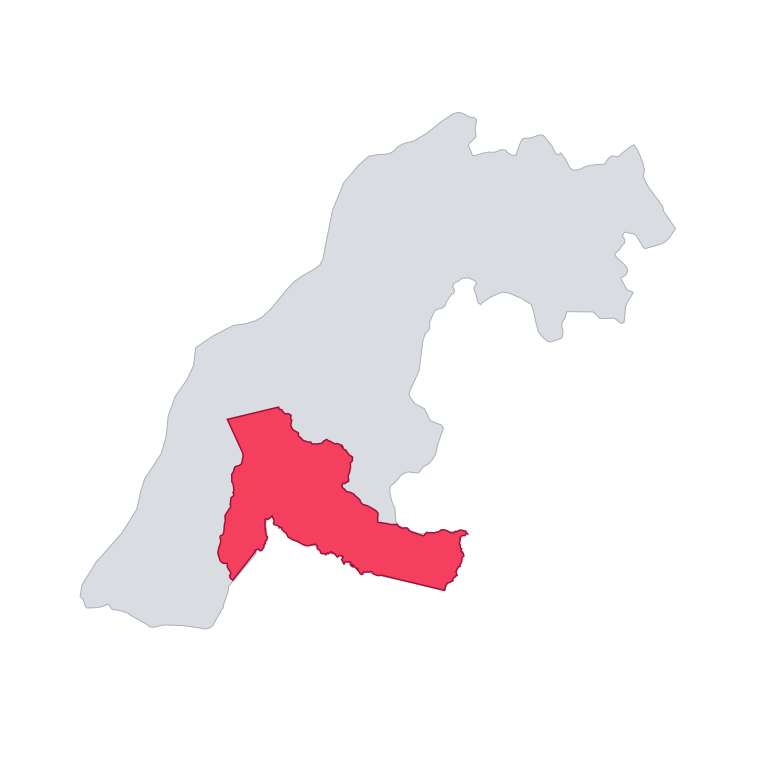 location of Sangha within Republic of the Congo, rotated 193°
{"feature_id": "COG-2880", "entity_name": "Sangha", "entity_type": "Region", "adm_level": 1, "iso_a3": "COG", "parent_name": "Republic of the Congo", "parent_adm1": "", "projection": "orthographic", "projection_center": [15.265, 1.384], "detail": "fine", "context": "in_parent", "style": "filled", "palette": "rose", "viewbox_px": 768, "rotation_deg": 193, "n_neighbors": 0, "source": "natural_earth", "source_scale": "10m", "svg_char_len": 9828}
<svg xmlns="http://www.w3.org/2000/svg" viewBox="0 0 768 768"><g transform="rotate(193 384 384)"><path d="M134.9,601.0L138.8,590.8L141.7,586.1L145.3,582.8L159.6,574.8L161.8,575.1L171.7,585.5L174.9,586.4L178.4,586.1L182.6,586.5L184.6,584.5L184.9,581.8L181.9,578.8L181.4,575.5L183.5,572.0L184.7,568.2L187.8,563.6L188.1,561.4L184.8,559.1L178.1,555.4L173.6,552.0L171.8,548.6L173.0,544.4L176.7,541.0L176.5,539.1L173.2,536.0L170.8,532.7L168.4,530.6L161.7,529.3L162.9,524.9L165.4,518.3L166.0,513.3L164.1,500.1L164.2,497.7L166.1,496.5L170.1,497.9L174.1,500.0L185.2,497.1L189.0,496.7L192.2,499.2L196.6,501.2L222.0,495.7L222.5,490.1L223.9,485.0L224.1,481.2L223.1,478.8L221.8,476.9L221.0,473.1L221.0,469.0L223.4,467.1L231.5,462.2L234.1,462.4L239.7,465.1L245.1,469.2L249.8,478.0L253.1,485.5L258.3,494.6L269.4,498.4L282.7,500.7L289.8,500.1L300.0,492.4L305.8,486.3L307.7,483.0L311.1,484.7L314.9,492.7L317.4,495.8L318.0,498.8L316.3,502.4L317.9,504.8L325.1,506.5L331.3,504.9L334.1,501.7L338.8,497.4L338.8,493.8L336.3,491.5L336.3,488.3L338.9,485.8L341.4,479.0L342.2,473.9L344.7,470.7L349.3,468.5L351.0,466.5L353.6,454.6L352.3,450.3L352.3,446.8L355.2,442.2L355.8,434.8L352.8,405.4L357.4,381.8L357.0,378.8L353.7,375.2L349.6,371.8L339.2,369.1L335.3,364.7L332.2,360.1L330.0,358.6L318.6,356.8L316.1,354.1L317.1,346.6L318.1,335.6L317.7,327.9L319.7,321.6L322.0,317.0L327.1,312.1L329.8,306.3L331.2,304.8L340.8,303.8L344.3,301.4L347.0,299.0L348.2,295.7L351.4,290.2L354.4,286.5L354.7,284.0L354.1,280.5L351.2,273.6L347.7,267.9L345.6,265.9L341.4,252.4L337.5,249.2L329.8,247.5L315.5,246.0L306.8,248.4L293.6,252.9L277.0,257.8L273.2,257.3L271.4,255.3L274.0,253.5L275.3,249.4L273.6,243.6L271.1,238.2L269.6,230.7L270.3,221.3L272.8,212.5L278.1,201.1L278.4,196.4L310.3,196.7L344.6,196.5L357.7,196.9L364.0,194.0L370.0,198.4L373.0,199.4L374.0,199.1L376.3,202.2L383.7,201.9L384.9,202.6L385.6,206.4L392.5,206.3L395.9,207.2L398.7,207.1L402.7,204.9L405.6,205.6L410.9,208.5L414.7,210.9L419.9,210.1L432.1,210.6L441.5,212.9L450.8,219.5L457.1,223.2L462.7,228.8L464.7,227.8L467.8,225.6L467.7,220.8L464.6,212.7L463.4,205.8L464.1,200.1L466.4,196.0L470.5,193.6L470.9,189.2L489.9,151.8L489.3,147.5L489.7,141.0L490.6,133.8L490.4,129.5L491.7,126.6L496.6,109.7L499.3,106.9L503.5,104.9L509.5,104.8L525.4,103.4L540.1,100.6L545.0,99.4L554.3,94.9L557.9,94.7L560.9,96.4L578.8,101.6L583.7,103.6L585.5,103.3L588.2,103.7L592.4,103.8L596.5,103.1L599.1,103.7L602.4,107.1L604.6,106.8L607.5,104.3L612.8,101.7L623.2,98.9L624.9,100.2L628.5,106.4L632.3,108.5L633.1,120.2L624.5,145.5L606.0,179.5L596.7,206.3L596.8,225.9L595.8,238.2L592.8,245.7L585.5,266.0L584.4,283.4L587.1,304.7L584.6,324.9L576.9,344.0L573.7,359.0L575.6,377.1L561.6,392.2L544.0,407.2L532.6,411.5L523.7,416.5L517.4,422.3L510.7,432.3L500.2,453.8L494.8,463.2L487.6,471.2L477.0,481.0L473.1,485.7L471.5,492.4L472.2,504.8L473.2,542.4L468.4,571.2L458.0,591.3L450.1,602.5L442.3,605.9L432.0,608.9L427.1,612.7L424.1,618.2L418.4,623.1L409.9,627.2L399.2,637.4L386.3,653.6L377.5,662.9L372.7,665.3L367.8,665.5L362.7,663.6L358.5,663.3L356.4,664.2L353.0,662.0L353.0,658.2L352.4,652.0L349.9,645.7L355.5,636.7L355.1,634.6L352.4,631.4L349.4,626.7L346.6,627.0L340.7,630.6L334.5,633.4L328.8,634.5L321.7,639.0L317.8,639.0L315.6,637.3L310.9,635.6L308.3,636.2L306.8,637.0L305.7,647.8L304.8,652.5L303.1,654.7L295.9,657.0L291.0,660.2L286.8,662.3L284.2,661.8L273.8,653.6L268.3,646.9L265.0,646.7L264.1,648.9L262.4,647.8L257.3,643.4L251.3,636.3L249.1,635.2L245.8,635.3L240.6,637.9L235.4,642.0L226.1,645.7L218.4,647.8L217.7,650.4L215.9,654.8L213.3,657.5L206.4,658.4L204.0,662.3L198.1,669.8L194.2,673.3L193.1,671.8L190.7,670.0L185.8,664.1L181.0,656.8L179.7,653.4L178.3,651.5L178.1,644.2L170.8,635.5L152.5,619.9L150.5,615.3L134.9,601.0Z" fill="#d9dde1" stroke="#a8b0b8" stroke-width="1"/><path d="M269.7,238.0L268.5,236.3L267.4,234.4L268.6,233.0L268.8,231.4L268.4,228.4L268.6,227.0L269.1,225.7L269.3,224.6L268.8,223.4L269.7,222.9L270.3,222.1L270.8,221.1L271.5,218.6L271.6,217.5L271.4,216.8L271.0,216.3L270.5,215.0L269.6,213.9L269.9,213.6L270.7,213.3L271.6,211.5L272.8,210.1L273.0,209.4L272.6,208.2L272.6,207.6L273.6,207.1L274.8,205.8L275.2,205.5L277.6,204.2L278.2,202.6L278.5,200.5L278.5,196.5L343.2,197.1L343.9,197.0L346.8,195.9L351.0,196.4L352.1,197.0L353.3,198.2L354.3,198.4L354.7,198.3L356.0,197.5L361.3,196.3L361.9,196.1L362.1,195.6L362.0,194.9L361.9,194.3L362.9,193.3L364.6,193.8L366.8,196.3L368.4,197.0L367.8,198.0L368.5,198.4L370.2,198.3L371.2,198.9L372.5,200.2L373.5,200.6L373.0,199.0L373.5,198.7L375.3,199.7L374.3,200.4L373.9,200.6L374.6,200.8L376.2,200.6L376.3,201.1L376.2,202.6L376.4,202.9L380.5,202.4L381.5,202.2L382.0,201.6L382.1,199.9L382.5,199.5L383.5,200.5L384.4,201.8L384.6,202.4L385.9,203.3L385.2,205.2L384.9,206.8L387.6,207.0L389.0,206.9L389.6,206.6L390.1,205.0L390.8,205.0L394.0,207.6L395.0,207.9L396.3,207.4L397.1,208.6L398.2,208.3L399.3,207.2L399.9,206.1L400.3,206.1L401.3,206.5L402.2,204.5L404.3,205.3L406.2,204.6L407.7,205.2L408.0,205.6L408.6,207.0L411.2,208.1L411.8,208.5L412.1,209.0L412.3,209.5L412.1,210.7L412.2,211.0L412.7,211.6L413.0,211.6L414.6,212.3L414.6,212.5L415.3,212.4L416.6,211.7L417.9,211.3L421.3,209.3L424.3,208.9L427.2,209.4L432.8,211.1L439.2,211.8L439.5,212.1L440.2,212.5L441.0,212.8L442.6,213.0L443.0,213.3L445.6,216.6L446.4,217.0L448.2,217.6L449.8,218.7L450.4,219.0L450.9,219.5L451.1,220.5L451.4,221.0L452.2,221.0L453.8,220.3L454.0,221.3L455.0,221.8L456.3,222.1L457.4,222.5L458.1,222.2L458.9,222.2L459.6,222.5L460.2,223.0L460.5,223.8L460.2,225.0L460.2,225.7L460.8,226.9L463.4,230.3L466.4,226.0L467.0,225.8L468.4,226.3L469.1,226.0L469.3,224.9L467.7,217.6L465.5,211.7L464.3,209.7L463.7,209.2L463.3,209.0L463.0,208.6L463.0,206.2L463.1,205.5L464.2,204.1L464.2,203.5L463.8,202.2L463.8,201.5L464.0,201.2L464.7,201.1L464.9,200.1L464.4,198.9L464.3,198.1L464.4,197.3L465.2,195.8L465.7,194.3L466.7,193.7L468.1,193.9L469.3,195.1L472.0,193.1L472.6,192.4L472.2,191.8L471.8,191.5L487.2,158.8L489.9,160.1L490.7,161.2L491.2,162.2L491.3,162.8L490.9,164.0L490.8,164.7L491.0,165.9L491.4,166.5L493.0,167.7L495.5,170.4L495.8,171.0L495.9,171.6L496.0,173.3L496.3,173.9L496.8,173.9L497.3,173.9L498.9,173.3L500.0,173.1L502.3,173.9L503.5,174.6L504.3,175.6L507.6,181.3L507.9,182.3L508.1,183.1L508.0,184.7L508.2,186.8L507.6,191.1L507.8,194.2L508.5,196.3L509.2,197.3L509.4,198.6L509.2,199.5L507.9,200.2L507.5,200.6L507.2,201.0L506.9,202.6L506.8,203.7L507.3,207.8L507.7,209.4L507.9,212.1L507.8,213.5L507.8,214.6L508.7,218.0L509.2,219.3L509.2,220.2L509.1,220.8L506.6,227.9L505.9,229.0L505.8,229.8L506.7,232.1L507.5,238.3L507.4,238.8L507.1,239.3L505.6,241.1L505.4,241.6L505.3,242.3L505.5,242.8L506.5,243.6L506.6,244.1L506.4,246.4L506.6,247.3L508.0,251.3L508.5,252.4L509.8,253.9L510.3,254.7L511.8,260.5L512.0,261.8L511.8,262.7L511.5,263.2L511.2,264.0L510.9,265.0L510.9,268.5L510.8,269.0L510.6,269.5L510.3,269.9L509.9,270.3L506.8,272.0L506.3,272.5L505.1,273.9L504.9,274.8L505.0,281.5L505.4,283.3L506.5,285.5L528.7,314.3L481.5,337.8L481.1,337.3L480.5,335.9L478.2,336.0L477.8,335.9L477.3,335.5L476.6,334.4L475.3,333.8L473.9,332.8L473.3,332.7L472.9,332.7L471.3,333.5L470.3,333.6L468.6,332.9L467.6,332.7L467.4,332.5L467.3,332.3L467.4,330.2L467.3,329.6L467.0,329.0L465.9,328.2L465.7,327.7L465.7,323.4L464.5,321.0L464.1,320.5L463.3,319.9L462.4,319.0L461.8,318.7L459.0,317.8L457.4,317.5L456.7,317.2L456.4,317.0L456.1,316.4L456.0,314.8L455.7,314.2L455.4,314.0L454.8,313.7L453.2,313.0L452.4,312.5L451.9,312.0L450.4,311.0L448.2,310.7L446.6,310.6L444.6,310.2L443.4,310.8L442.8,311.0L442.3,310.9L442.0,310.8L441.5,309.8L441.0,309.6L440.5,309.5L439.4,309.6L438.5,310.0L436.2,310.3L435.4,310.7L434.0,311.1L433.2,311.7L431.3,312.1L431.1,312.4L430.8,313.0L430.5,314.0L430.2,314.6L429.0,315.6L428.0,316.7L427.6,317.0L427.2,317.0L426.5,316.8L425.5,316.2L424.8,316.1L423.4,316.1L422.3,315.6L418.4,314.6L417.5,314.9L416.6,315.4L416.1,315.4L414.5,315.3L412.4,314.7L411.6,315.0L411.3,314.9L411.1,314.7L411.3,313.5L411.2,313.3L410.9,313.0L410.7,313.0L410.0,313.6L409.8,313.4L409.7,312.3L409.2,311.7L406.7,311.0L406.2,311.0L405.8,310.8L405.7,310.6L405.7,309.9L405.1,309.4L404.0,309.1L403.7,308.9L403.4,307.9L402.7,307.4L398.9,306.0L398.5,305.8L398.2,305.5L398.0,304.8L397.7,302.4L397.8,301.4L398.8,299.8L398.9,299.4L398.9,298.7L398.0,295.9L397.8,294.8L397.7,289.9L398.3,286.4L398.3,285.9L398.2,285.2L397.1,283.6L396.9,282.9L396.7,281.4L396.9,281.0L397.6,280.5L398.0,279.9L398.8,279.4L399.4,278.5L399.6,278.3L400.6,277.9L401.8,277.7L402.0,277.5L402.3,276.9L402.3,276.4L402.2,275.8L401.3,273.9L400.4,273.3L398.0,272.2L397.0,271.0L396.6,270.9L396.1,270.8L393.9,270.9L392.2,270.8L390.5,270.5L388.7,269.9L386.2,268.2L381.7,265.9L381.2,265.3L380.4,264.0L379.9,263.4L378.4,262.3L377.6,262.0L376.4,261.8L375.3,261.9L371.7,261.4L364.5,259.2L363.1,258.6L361.1,257.2L360.8,256.8L360.6,256.3L360.1,252.0L359.6,250.5L359.4,248.8L359.0,248.2L358.7,247.9L358.3,247.8L355.1,248.4L353.2,248.2L352.8,248.2L351.8,248.5L349.8,248.8L346.8,248.5L346.0,248.6L343.5,249.2L342.2,249.4L341.1,249.7L340.1,250.2L340.0,249.9L339.2,249.7L337.7,248.5L335.0,247.8L333.7,247.7L332.5,248.0L330.1,248.9L328.7,248.8L327.7,248.1L326.7,247.1L325.5,246.4L324.3,246.1L311.7,244.9L310.8,245.2L310.1,247.2L309.3,248.8L309.1,248.9L308.4,249.2L307.0,248.7L306.6,248.9L305.4,249.7L304.1,249.9L301.6,250.1L299.8,251.4L297.4,252.3L295.8,254.4L295.0,255.0L292.8,255.4L290.7,255.4L288.7,255.0L286.4,254.2L285.3,254.1L283.9,254.2L282.6,254.6L282.0,255.1L281.6,256.3L280.5,256.6L279.3,256.8L278.0,258.3L276.8,258.8L275.4,259.1L273.1,258.9L271.8,259.1L271.1,259.0L270.9,258.1L270.3,257.7L269.5,257.4L268.8,256.8L270.0,256.6L270.5,255.8L270.8,254.9L271.3,254.4L272.3,254.3L273.4,253.9L274.3,253.3L275.0,251.9L275.4,251.7L275.5,251.4L274.7,250.1L274.7,245.9L274.7,245.3L273.7,244.7L272.5,241.4L271.1,240.7L271.5,239.8L271.4,238.9L271.0,238.1L270.2,237.5L269.7,238.0Z" fill="#f43f5e" stroke="#9f1239" stroke-width="1.5"/></g></svg>